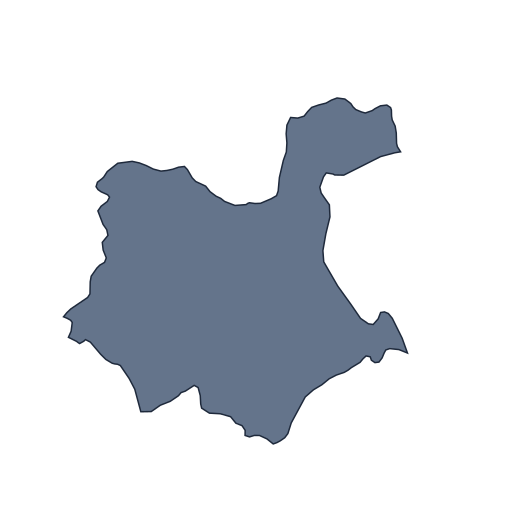 outline of Konya, rotated 287°
{"feature_id": "TUR-3011", "entity_name": "Konya", "entity_type": "Province", "adm_level": 1, "iso_a3": "TUR", "parent_name": "Turkey", "parent_adm1": "", "projection": "robinson", "projection_center": [32.808, 37.948], "detail": "fine", "context": "isolated", "style": "filled", "palette": "slate", "viewbox_px": 512, "rotation_deg": 287, "n_neighbors": 0, "source": "natural_earth", "source_scale": "10m", "svg_char_len": 2383}
<svg xmlns="http://www.w3.org/2000/svg" viewBox="0 0 512 512"><g transform="rotate(287 256 256)"><path d="M280.2,82.8L285.0,86.2L287.0,87.3L293.3,89.1L304.3,96.7L310.3,109.9L310.9,117.2L310.4,124.6L309.1,132.4L309.4,140.3L311.8,145.9L314.7,151.1L318.3,156.0L320.7,161.4L318.6,165.1L312.1,172.1L309.6,176.6L308.1,187.4L304.1,193.2L301.5,200.4L300.8,205.4L299.0,210.0L298.2,221.1L302.3,231.6L303.8,232.6L305.0,234.1L305.9,239.7L307.7,244.9L315.2,253.8L319.7,258.0L324.6,258.2L338.0,255.4L355.4,254.2L364.3,254.6L373.1,252.5L381.7,249.1L390.2,247.3L398.6,248.6L400.1,255.6L403.8,261.1L409.2,263.2L414.4,265.8L418.7,271.7L422.7,278.3L427.1,282.5L430.8,287.3L432.1,295.1L429.5,302.1L427.0,305.1L425.2,308.6L424.6,314.7L424.7,318.7L429.0,324.6L431.8,326.8L436.0,331.1L438.6,337.0L437.3,341.3L435.2,342.8L429.3,344.8L425.9,346.5L420.9,351.1L414.6,354.2L404.8,357.5L401.8,359.3L397.9,363.8L395.2,358.4L387.5,346.1L380.9,339.2L371.8,329.7L359.0,316.3L356.5,307.6L356.9,305.6L356.0,298.9L351.4,297.4L340.4,296.9L335.3,299.9L331.9,304.1L326.4,311.2L315.0,315.3L297.7,316.3L280.7,318.4L270.2,322.5L264.4,328.7L251.1,343.0L237.5,360.9L226.9,374.2L224.0,383.3L224.8,388.1L231.6,391.2L238.4,391.7L240.1,395.2L239.7,399.3L236.3,404.5L220.1,419.8L207.5,429.2L208.3,420.0L206.5,410.9L204.1,407.6L200.6,406.9L195.4,406.4L190.5,404.6L188.8,400.9L190.1,396.8L193.0,394.7L192.6,390.5L189.0,388.4L184.7,386.6L177.1,379.8L173.7,377.4L170.6,374.5L165.6,367.6L160.0,361.9L152.1,356.6L144.9,350.1L135.6,344.3L106.7,338.5L95.5,338.4L90.6,336.6L86.3,333.2L83.6,330.5L81.3,327.4L84.3,319.9L85.4,311.8L83.9,306.8L81.1,302.7L81.2,298.0L86.1,296.6L89.7,292.2L90.2,285.7L94.9,278.7L94.7,268.0L92.1,257.4L94.6,248.5L98.3,246.4L106.2,243.5L113.3,239.1L114.2,234.7L106.1,227.9L103.5,224.3L99.7,222.7L92.0,216.5L85.3,208.1L76.6,201.3L73.4,191.4L93.2,179.0L101.8,170.5L111.6,158.3L112.0,155.2L111.5,152.6L111.4,149.8L113.2,142.6L116.6,136.2L125.2,122.8L126.2,117.4L124.1,116.2L120.7,112.9L121.2,111.2L121.9,109.4L123.4,100.4L130.0,101.2L138.7,99.7L140.4,97.5L141.2,93.6L141.6,89.7L146.5,91.7L151.3,94.4L167.1,107.1L171.2,108.3L182.9,105.0L188.5,104.3L198.0,107.4L201.6,109.3L205.6,113.0L210.4,113.4L217.0,108.1L224.1,105.0L232.4,108.4L237.5,105.6L241.5,100.5L252.9,91.6L258.3,93.3L264.7,97.9L269.5,98.7L271.2,96.2L272.1,89.1L273.3,85.5L275.5,82.8L280.2,82.8Z" fill="#64748b" stroke="#1e293b" stroke-width="1.5"/></g></svg>